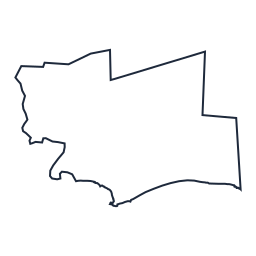 the district of Juan L. Lacaze, Colonia, Uruguay
{"feature_id": "84410073B83500791837545", "entity_name": "Juan L. Lacaze", "entity_type": "district", "adm_level": 2, "iso_a3": "URY", "parent_name": "Uruguay", "parent_adm1": "Colonia", "projection": "albers", "projection_center": [-57.44, -34.396], "detail": "fine", "context": "isolated", "style": "outline", "palette": "slate", "viewbox_px": 256, "rotation_deg": 0, "n_neighbors": 0, "source": "geoboundaries", "source_scale": "gbopen_adm2", "svg_char_len": 2033}
<svg xmlns="http://www.w3.org/2000/svg" viewBox="0 0 256 256"><path d="M21.3,66.1L15.4,77.5L17.6,80.3L20.5,83.6L22.2,90.6L25.0,95.9L22.7,104.0L23.4,109.0L25.7,113.7L27.4,119.6L25.9,121.8L24.3,123.9L22.3,127.8L23.1,131.2L26.0,133.1L30.8,137.7L29.5,140.7L30.3,143.8L32.3,143.2L35.5,141.9L42.1,142.5L43.3,138.3L45.8,138.2L52.5,141.5L58.0,142.1L64.6,143.4L64.7,147.1L63.6,152.3L58.3,158.6L53.2,165.4L50.3,170.6L50.0,176.0L52.1,178.5L57.2,179.3L60.4,178.5L59.9,173.8L61.9,171.7L67.4,172.3L72.2,174.3L76.0,181.2L78.1,180.8L80.7,180.6L83.1,180.8L87.2,180.8L90.6,181.0L94.8,181.9L95.2,182.3L94.8,182.6L95.6,183.0L96.7,183.1L97.4,183.1L97.7,183.4L99.3,184.8L99.9,185.5L100.0,185.8L100.1,186.2L100.2,186.4L101.3,185.7L102.1,185.5L102.9,186.0L103.2,186.3L104.4,186.7L104.5,187.2L106.4,188.0L107.5,188.6L108.0,189.1L108.6,189.2L109.9,190.0L111.1,191.5L111.6,193.0L111.8,193.6L111.9,194.9L112.7,197.3L113.1,198.2L113.2,198.4L113.4,198.9L113.2,199.0L113.5,200.0L113.9,201.1L113.5,201.8L113.4,201.8L113.0,202.5L112.6,203.0L112.3,203.5L112.0,203.2L111.9,203.4L110.8,202.6L110.7,202.7L110.8,202.8L110.1,203.9L110.0,204.1L111.3,204.3L112.6,204.6L112.6,205.1L112.8,205.3L113.5,205.8L114.3,205.8L115.2,206.1L116.1,206.1L116.9,206.1L117.1,206.0L117.3,205.8L117.4,204.4L118.5,204.1L119.8,203.6L122.4,203.1L124.9,202.0L127.7,201.2L129.0,201.2L129.7,201.3L130.1,201.5L130.4,201.6L131.1,199.9L131.3,199.8L133.1,199.1L139.9,195.2L145.6,192.1L153.7,188.8L162.3,185.6L170.6,183.1L179.1,181.2L187.4,180.3L194.2,180.6L199.9,181.8L202.7,182.2L205.1,182.4L206.0,182.7L207.8,182.7L209.1,183.5L218.5,183.8L222.9,183.8L225.0,183.8L227.1,184.1L228.4,184.1L229.6,184.2L231.3,184.6L232.7,185.0L233.5,185.2L234.3,185.3L234.6,185.8L234.3,186.1L234.5,186.7L235.2,186.8L235.5,186.5L236.6,187.2L236.7,188.0L237.2,188.0L237.7,187.9L238.1,187.7L239.0,188.2L239.0,188.5L239.4,188.8L240.3,189.0L240.6,189.3L236.2,118.0L202.5,115.1L205.0,51.6L114.7,78.9L110.7,80.0L110.0,49.9L90.7,53.6L68.5,64.3L44.6,62.7L43.1,66.9L21.3,66.1Z" fill="none" stroke="#1e293b" stroke-width="2"/></svg>